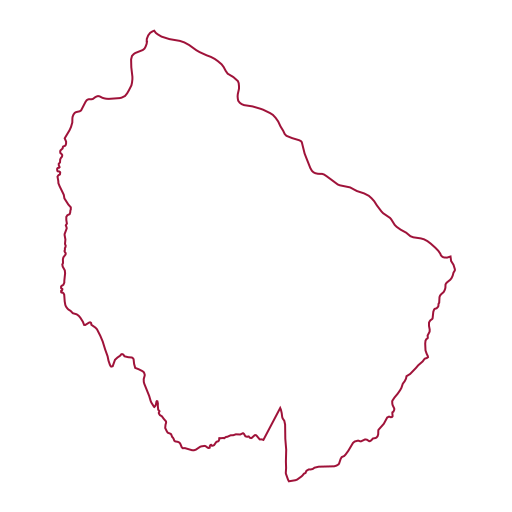 the district of Tarso, Antioquia, Colombia
{"feature_id": "7082276B41921271459281", "entity_name": "Tarso", "entity_type": "district", "adm_level": 2, "iso_a3": "COL", "parent_name": "Colombia", "parent_adm1": "Antioquia", "projection": "robinson", "projection_center": [-75.833, 5.874], "detail": "fine", "context": "isolated", "style": "outline", "palette": "rose", "viewbox_px": 512, "rotation_deg": 0, "n_neighbors": 0, "source": "geoboundaries", "source_scale": "gbopen_adm2", "svg_char_len": 5931}
<svg xmlns="http://www.w3.org/2000/svg" viewBox="0 0 512 512"><path d="M406.2,232.7L400.7,229.7L396.6,226.8L394.7,224.9L391.2,219.3L390.0,217.9L383.1,213.2L381.4,211.4L376.8,205.3L374.2,201.2L371.5,198.2L368.8,195.8L364.1,193.4L356.8,191.0L350.1,187.4L339.8,185.3L337.8,184.5L326.6,176.2L324.0,174.5L322.2,173.9L318.0,173.8L315.3,173.2L313.5,172.3L311.9,170.8L310.3,168.0L306.3,157.9L304.6,153.5L301.8,142.2L300.9,141.1L299.1,140.2L292.1,138.1L286.4,135.8L284.7,134.0L283.2,130.8L280.5,126.4L278.2,121.5L275.6,117.8L272.9,114.9L270.1,113.1L263.1,109.7L260.6,108.8L252.5,106.4L244.0,105.1L241.6,104.1L239.7,102.7L238.2,100.7L237.8,98.6L237.6,96.3L237.8,94.1L239.0,88.7L239.0,86.2L238.7,83.2L237.9,81.1L233.4,77.1L227.7,73.7L225.7,70.9L223.7,67.1L221.6,64.3L217.8,61.1L214.7,58.9L210.9,56.9L206.6,55.3L199.6,52.1L196.3,50.2L189.1,45.0L184.3,42.4L179.9,40.9L169.4,39.1L161.5,36.6L157.8,34.4L155.8,32.9L154.2,30.7L152.5,31.4L150.2,32.8L148.2,35.4L146.8,38.9L146.7,41.5L147.0,41.6L146.6,43.9L145.6,46.6L144.5,48.6L142.8,50.0L135.3,53.0L133.8,54.0L132.0,55.9L131.1,59.4L131.3,67.3L132.4,76.8L132.4,79.2L132.0,82.7L131.4,85.4L128.9,90.3L127.1,93.4L125.0,96.0L121.5,97.7L119.6,98.1L108.6,98.9L106.0,98.7L104.1,98.3L102.4,97.8L99.7,96.4L98.4,96.1L97.4,96.2L95.5,97.0L92.8,99.0L91.1,99.3L88.9,99.2L87.9,99.5L86.7,100.2L85.5,101.9L81.1,110.4L79.7,111.3L76.1,112.1L74.8,112.8L73.5,114.5L72.6,116.8L72.4,118.2L72.3,122.5L71.0,127.0L69.5,130.3L64.7,138.3L66.1,141.6L66.1,143.3L65.8,144.8L65.2,145.7L63.2,146.5L62.9,146.9L62.6,148.5L60.6,150.3L60.2,151.1L60.3,152.9L61.8,154.3L62.2,155.0L62.2,155.8L61.9,156.8L61.0,157.8L60.2,159.4L60.0,162.4L58.7,163.9L58.8,165.3L59.6,167.1L59.0,167.8L57.9,167.9L57.4,168.3L57.1,169.0L57.3,170.7L57.6,171.2L58.0,171.4L59.3,171.5L59.9,171.9L60.2,172.5L60.0,174.2L59.6,174.7L58.7,175.0L58.1,175.6L57.5,176.7L58.3,181.1L58.4,183.2L59.6,186.2L63.4,194.0L63.8,194.9L64.4,198.4L68.3,204.5L70.8,207.3L70.8,209.5L70.4,210.4L70.2,212.5L69.6,214.2L67.4,215.2L66.3,216.9L66.3,220.0L66.9,223.6L65.8,225.3L66.6,227.5L66.7,228.4L64.6,234.1L64.6,235.1L65.4,239.5L65.0,243.9L65.7,245.8L65.4,247.3L64.9,248.1L64.9,250.0L64.5,251.0L64.9,252.1L65.6,253.0L65.7,253.9L65.4,254.7L63.4,257.3L62.9,259.3L63.0,262.5L62.9,263.4L62.3,264.4L62.7,266.6L64.8,270.4L65.1,273.3L64.3,280.9L64.3,282.6L63.4,284.7L62.7,285.3L61.6,285.8L61.0,286.9L61.2,288.3L62.3,288.9L62.4,289.4L62.0,290.5L61.2,290.8L61.1,291.9L61.3,292.4L61.7,292.6L62.8,292.7L63.5,293.3L64.2,294.6L64.7,301.4L65.3,304.9L66.0,306.6L67.4,308.5L68.4,309.5L70.6,310.9L72.8,313.2L76.3,314.2L77.3,314.7L79.0,316.1L80.4,317.8L82.9,321.8L84.1,324.9L85.2,325.0L88.9,322.7L89.6,322.4L90.4,322.4L91.1,323.0L91.4,324.8L95.4,327.6L97.0,329.3L100.3,335.8L102.7,341.5L105.1,349.3L107.6,356.3L108.5,360.7L109.9,364.8L110.8,366.4L111.5,366.6L112.7,366.2L115.0,359.8L117.5,357.5L120.0,355.8L121.4,354.2L122.6,354.2L123.4,354.7L124.5,356.3L128.2,357.2L131.9,357.5L133.2,358.5L133.6,359.4L134.1,363.9L135.2,367.9L138.6,369.2L142.2,371.0L143.6,372.0L144.1,372.8L144.7,374.6L144.7,375.5L143.7,379.1L143.8,382.0L144.3,383.8L149.2,396.0L150.6,400.8L151.3,402.5L154.0,406.8L154.3,407.0L155.2,406.0L155.9,404.5L156.5,401.5L156.9,401.1L157.4,401.3L157.9,403.5L157.8,405.8L158.2,409.7L159.5,411.2L158.8,412.7L158.9,413.5L159.9,415.1L161.9,416.3L163.8,418.9L166.0,421.4L166.1,422.7L165.5,424.8L165.2,428.0L166.6,430.9L167.5,432.4L168.1,432.9L169.7,433.4L171.1,434.2L172.2,437.0L172.9,437.6L173.6,438.8L174.3,440.7L175.2,441.4L177.6,441.8L178.7,442.2L179.6,442.8L180.4,444.0L181.7,447.2L182.7,448.2L184.9,448.1L192.0,450.2L193.8,450.3L195.8,449.7L200.1,446.8L201.2,446.4L204.6,445.9L205.5,446.1L207.7,447.7L208.5,448.0L209.2,447.9L209.7,447.7L209.8,446.1L210.5,445.0L211.1,444.8L212.0,445.8L213.3,445.5L214.1,445.1L216.1,442.2L216.9,441.6L217.8,441.5L218.7,440.8L219.3,439.3L219.2,438.2L219.5,438.1L220.9,438.2L224.2,437.9L224.3,438.1L226.1,436.9L227.3,436.8L230.6,435.3L233.3,435.2L235.9,434.3L240.2,434.5L243.0,433.2L243.9,433.8L245.4,436.3L247.2,436.8L248.3,436.4L248.8,436.5L249.8,437.7L251.1,438.1L251.6,438.0L254.7,435.2L255.8,435.1L256.6,435.7L259.7,439.4L261.9,439.4L263.4,439.9L280.2,408.0L280.9,409.7L281.7,413.1L282.2,417.0L282.7,418.5L284.3,420.8L285.1,424.6L285.3,438.8L286.2,449.7L285.9,461.5L286.1,468.0L285.8,472.8L285.9,473.7L288.0,479.6L288.9,481.3L295.5,480.2L297.1,479.6L301.4,476.5L302.5,475.5L303.9,473.7L305.5,473.0L306.3,471.0L307.2,470.3L308.9,469.4L310.4,469.5L312.7,469.0L314.5,467.7L318.7,466.7L334.2,466.3L336.5,465.6L338.6,464.3L339.1,463.5L340.6,459.0L341.7,457.1L344.2,456.0L345.6,454.5L348.3,450.8L353.0,442.9L354.7,441.5L358.1,440.6L360.2,441.3L361.1,441.3L365.1,439.4L366.9,439.7L369.2,441.2L369.8,441.2L371.2,440.4L372.9,438.5L375.7,438.0L376.6,437.4L377.6,436.2L378.2,434.3L378.3,430.5L378.5,429.8L383.8,423.8L387.2,417.5L388.8,416.7L389.5,416.7L390.5,417.2L391.8,417.1L392.3,416.7L392.6,416.1L392.3,412.8L392.5,412.2L393.4,411.7L394.2,409.9L394.3,409.0L394.2,408.4L392.7,405.3L392.3,403.8L392.2,401.2L392.5,400.5L394.5,397.5L397.6,393.8L400.1,390.2L401.4,387.9L402.8,383.7L404.7,381.2L406.0,378.6L406.5,376.2L410.1,374.0L416.0,367.9L418.2,365.3L422.7,361.4L424.2,359.3L425.1,358.5L426.7,358.1L428.0,357.2L427.8,356.1L426.6,353.6L425.5,350.4L425.2,343.6L425.5,340.7L426.3,339.2L427.6,338.3L427.8,337.4L427.6,335.5L429.6,331.7L429.7,329.6L429.0,325.9L429.0,322.7L429.5,321.6L430.3,320.4L432.3,318.9L432.6,318.3L433.3,311.8L434.0,309.8L434.6,308.9L436.6,308.3L438.1,306.7L438.4,305.8L438.5,303.9L439.2,302.7L439.5,297.1L440.1,295.5L441.3,294.1L443.6,292.1L444.5,290.5L445.1,288.9L445.4,287.7L445.5,284.6L446.0,283.5L447.0,282.4L450.3,279.7L451.6,278.0L452.7,275.6L453.5,272.6L454.8,270.5L454.9,269.3L453.5,264.8L451.1,261.0L450.5,256.5L447.1,257.6L444.4,257.5L442.9,257.1L441.8,256.3L440.8,255.1L440.3,253.7L438.3,250.8L435.4,247.8L430.7,243.6L427.4,241.1L424.0,239.3L420.8,238.4L413.3,237.3L410.4,236.2L406.2,232.7Z" fill="none" stroke="#9f1239" stroke-width="2"/></svg>